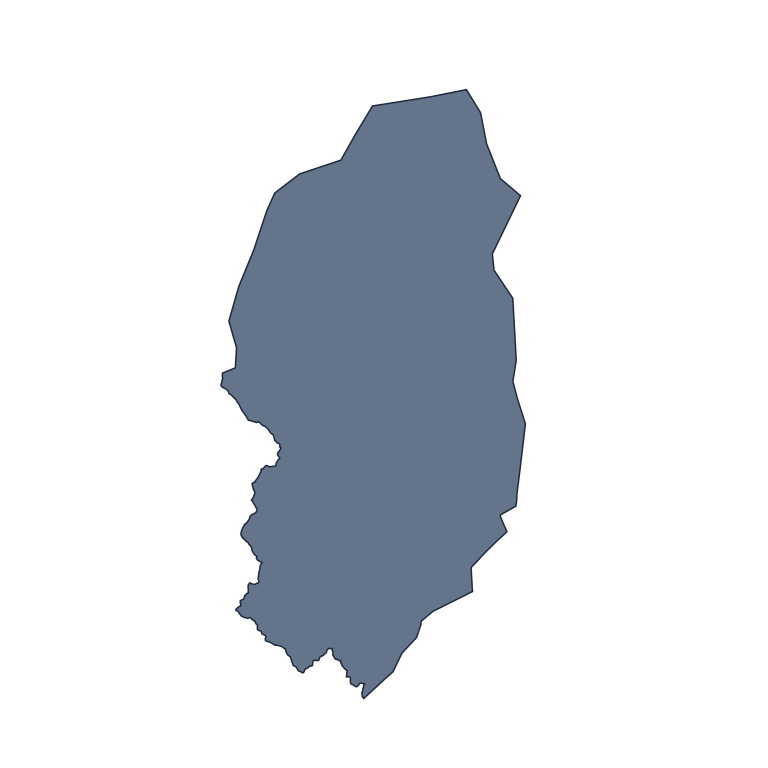 Altai, Bayan-Ölgiy, Mongolia (orthographic projection), rotated 46°
{"feature_id": "93677404B43382334794440", "entity_name": "Altai", "entity_type": "district", "adm_level": 2, "iso_a3": "MNG", "parent_name": "Mongolia", "parent_adm1": "Bayan-Ölgiy", "projection": "orthographic", "projection_center": [89.76, 48.197], "detail": "fine", "context": "isolated", "style": "filled", "palette": "slate", "viewbox_px": 768, "rotation_deg": 46, "n_neighbors": 0, "source": "geoboundaries", "source_scale": "gbopen_adm2", "svg_char_len": 6158}
<svg xmlns="http://www.w3.org/2000/svg" viewBox="0 0 768 768"><g transform="rotate(46 384 384)"><path d="M511.0,310.0L487.4,298.3L471.7,289.5L458.8,272.4L411.8,231.8L378.6,225.8L365.7,215.7L343.4,155.0L317.1,157.6L282.6,143.4L256.0,126.1L229.5,120.2L209.4,151.5L176.0,199.1L184.9,232.4L193.0,259.5L174.3,298.7L170.7,329.9L178.0,348.1L197.3,384.9L212.9,420.6L231.0,451.9L255.6,465.0L269.1,479.7L264.0,492.4L264.7,493.4L265.6,494.5L266.4,495.2L267.0,495.3L267.3,495.7L268.0,496.1L268.3,496.9L268.7,497.7L269.2,498.2L269.4,498.6L270.2,499.6L271.1,501.5L271.6,502.1L272.2,502.4L272.7,502.5L275.1,502.3L277.2,501.3L279.1,501.1L281.3,501.1L282.8,502.0L283.4,502.1L284.7,501.9L286.1,501.3L286.7,501.6L288.0,501.5L288.8,501.6L289.4,501.3L290.1,501.5L291.5,501.5L292.6,501.4L295.3,502.2L296.8,502.2L297.5,502.4L298.2,502.7L299.1,502.9L304.6,504.6L310.5,505.4L315.7,506.7L316.6,506.3L317.3,505.6L319.7,504.5L321.3,503.3L322.5,502.9L323.2,502.4L323.4,502.2L323.8,501.4L323.9,500.6L325.0,500.0L326.2,500.3L327.3,500.3L330.2,499.9L331.9,499.1L333.6,498.8L336.3,498.7L337.6,499.1L340.0,499.6L341.8,499.4L342.9,499.1L343.4,499.1L344.6,499.5L345.9,500.1L348.6,501.8L350.1,501.8L350.6,501.6L351.4,501.9L352.3,501.8L352.7,501.7L353.1,501.3L353.8,500.9L354.7,500.7L355.0,500.8L356.8,502.6L357.1,502.7L357.6,502.7L358.0,502.3L358.3,502.3L358.6,502.8L359.0,504.1L359.5,506.3L359.6,507.7L360.0,508.8L360.5,509.4L361.4,509.8L362.0,510.0L364.7,510.3L365.0,510.5L365.0,511.9L365.0,513.0L365.7,515.4L366.3,517.0L367.8,518.7L367.8,518.9L366.3,520.7L364.2,523.7L361.5,524.9L360.8,525.3L360.6,525.9L360.6,526.5L360.8,527.9L360.7,529.4L360.9,529.8L360.9,530.3L360.6,530.8L360.0,531.2L359.9,531.4L360.1,531.7L361.0,532.4L361.2,533.1L361.7,533.6L362.0,534.2L362.0,534.8L362.1,535.7L363.0,537.3L363.6,539.0L363.7,539.5L363.8,540.6L364.3,543.7L364.5,544.1L364.9,544.6L364.1,546.5L364.3,546.9L364.3,547.1L363.9,547.7L364.1,548.1L366.0,549.5L367.0,549.9L369.1,551.2L370.0,551.2L371.7,552.0L373.3,553.1L373.4,553.4L373.3,554.1L373.7,554.6L375.0,557.4L375.4,559.8L375.6,560.2L376.6,560.0L377.7,560.1L378.9,560.7L381.3,561.0L382.7,561.4L383.9,561.9L385.4,562.1L386.2,562.6L386.7,563.2L387.0,564.2L387.3,564.6L387.3,566.7L386.4,568.8L386.1,570.4L386.0,571.8L386.4,572.7L387.3,574.1L387.7,575.1L387.9,576.0L388.3,578.2L388.5,578.6L388.8,579.1L388.1,580.5L388.1,581.0L388.7,583.3L389.4,585.7L390.7,588.7L392.0,590.5L393.1,591.6L393.5,591.8L394.9,592.2L395.1,592.4L395.8,592.5L396.2,592.4L398.0,592.5L398.4,592.4L400.6,592.3L401.3,592.5L401.4,592.3L402.3,592.3L402.8,592.0L403.8,591.8L404.1,591.9L404.8,592.4L405.5,592.5L408.8,592.6L409.1,592.7L409.5,593.1L410.0,593.2L412.5,594.7L413.3,595.1L415.3,595.3L416.0,595.6L416.7,595.7L418.3,595.5L419.7,595.1L420.6,596.8L421.0,597.0L422.7,597.2L424.0,597.1L425.0,596.6L427.8,595.8L428.0,597.2L429.1,599.9L429.3,600.2L430.1,600.6L432.9,605.2L434.3,607.0L434.7,607.3L435.7,608.7L436.6,609.8L436.9,610.0L438.8,610.9L439.7,611.7L439.8,611.9L438.9,614.3L438.6,615.9L437.9,616.6L436.3,617.7L434.5,618.3L433.9,618.8L433.8,619.1L433.8,619.6L434.0,620.1L434.1,620.8L434.3,621.2L434.6,621.7L435.8,623.0L437.5,624.3L438.2,625.1L438.5,625.6L439.0,625.7L439.7,626.2L440.1,626.6L439.8,627.1L439.5,627.7L439.4,628.7L439.6,629.8L439.4,631.0L439.5,631.3L439.8,631.6L440.4,632.8L441.0,633.8L441.1,634.3L440.7,636.0L440.2,637.0L440.1,638.0L440.9,638.9L442.0,639.5L442.5,640.1L443.6,640.5L444.1,641.2L444.1,641.3L443.4,642.8L443.2,646.4L443.3,647.2L444.0,647.7L444.2,647.8L445.4,647.1L446.2,646.9L446.7,647.1L447.4,647.2L448.2,647.5L449.6,647.5L452.1,647.8L453.0,647.3L454.8,646.7L455.8,646.1L457.0,645.1L457.8,644.9L458.7,642.9L459.8,642.3L460.2,642.2L461.2,642.6L461.6,642.6L462.8,642.3L464.2,641.9L464.8,641.6L465.3,641.8L465.8,642.2L466.5,642.2L467.7,642.7L469.7,642.5L471.2,644.3L471.7,644.7L472.3,645.3L472.7,645.6L474.5,645.2L475.2,644.8L475.9,644.2L476.5,644.2L477.1,644.4L478.8,645.4L482.7,644.1L483.2,644.1L484.1,645.0L484.6,646.3L486.3,647.6L488.5,646.6L490.1,645.5L496.2,643.9L497.5,642.5L500.5,640.7L501.5,639.9L503.9,639.7L504.8,639.4L505.9,639.0L509.2,640.7L512.1,641.5L514.0,641.1L514.6,640.9L515.0,640.9L518.4,642.4L518.6,642.7L519.3,643.1L519.9,643.2L520.4,643.5L521.5,643.8L522.1,644.1L522.6,644.4L523.6,644.8L525.4,644.2L526.4,643.7L530.5,644.8L531.1,644.8L531.4,644.7L531.7,644.4L532.7,644.1L535.1,643.1L535.4,643.2L535.6,642.4L535.5,641.5L535.0,640.6L534.4,638.6L534.5,638.0L535.1,637.0L535.2,636.7L535.2,635.6L535.3,634.7L535.2,634.1L535.9,632.8L536.5,632.1L536.7,631.8L536.8,630.9L536.7,630.7L535.5,629.6L534.3,627.9L534.1,627.3L534.1,626.4L534.3,625.6L534.8,625.5L535.8,624.9L537.2,623.5L537.3,623.2L537.2,622.3L536.7,621.3L536.3,620.8L536.0,619.9L536.2,617.9L536.7,617.6L536.8,617.3L536.8,616.5L537.1,616.0L536.9,615.2L536.9,614.9L537.1,613.5L537.2,612.1L536.8,611.3L536.3,610.8L536.2,610.5L535.9,609.7L535.7,608.4L535.9,607.5L536.6,606.9L537.2,606.1L538.0,605.6L538.4,604.9L539.8,606.4L541.1,606.8L541.6,607.1L542.1,607.6L542.8,608.7L543.9,609.3L544.5,609.2L546.4,609.9L547.2,610.1L548.4,610.0L549.4,609.4L549.6,608.6L550.4,608.7L552.0,608.4L552.5,608.1L553.0,607.4L554.6,608.7L555.2,608.9L555.7,608.7L555.8,608.7L557.1,609.8L558.8,609.8L560.5,610.1L563.2,609.9L564.6,609.5L564.9,609.8L565.4,610.9L566.5,611.8L568.4,614.5L569.1,614.0L570.3,612.6L571.5,611.9L572.2,612.6L572.9,613.0L573.9,614.2L574.7,615.0L576.2,615.9L576.8,616.1L578.5,615.4L582.0,614.5L582.9,614.0L582.9,613.9L582.9,611.4L582.8,610.5L582.6,609.3L582.6,609.1L583.7,608.1L585.6,606.8L586.0,606.3L586.3,607.3L587.2,608.3L587.9,609.5L588.5,610.9L589.8,612.1L590.4,613.9L590.7,614.5L594.1,617.0L595.1,616.5L595.6,616.7L595.8,616.6L596.2,616.9L596.8,588.7L597.3,577.4L590.1,558.1L589.0,536.6L582.7,524.5L580.9,522.7L580.6,521.7L580.7,519.1L581.1,512.8L581.6,506.4L584.2,498.3L584.8,496.0L585.6,493.6L589.0,483.0L590.5,477.9L591.5,475.0L594.8,464.4L592.8,462.9L587.3,458.1L582.9,454.4L580.2,451.9L577.0,449.3L576.5,448.4L576.4,445.3L576.0,437.0L575.8,433.8L575.5,426.1L575.4,412.3L575.5,407.6L575.7,398.2L567.1,395.0L560.9,392.6L559.1,391.7L559.3,390.3L563.5,374.0L561.1,370.9L558.5,367.9L556.3,365.8L541.4,347.3L511.0,310.0Z" fill="#64748b" stroke="#1e293b" stroke-width="1.5"/></g></svg>